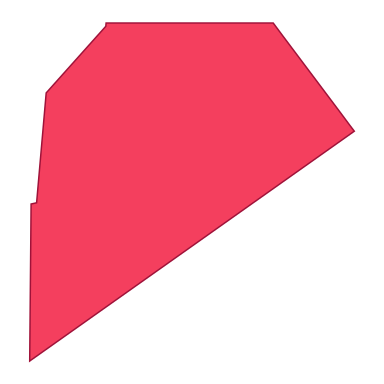 the district of 54, Ar Rayyān, Qatar
{"feature_id": "91078587B84726999218009", "entity_name": "54", "entity_type": "district", "adm_level": 2, "iso_a3": "QAT", "parent_name": "Qatar", "parent_adm1": "Ar Rayyān", "projection": "equal_earth", "projection_center": [51.456, 25.272], "detail": "fine", "context": "isolated", "style": "filled", "palette": "rose", "viewbox_px": 384, "rotation_deg": 0, "n_neighbors": 0, "source": "geoboundaries", "source_scale": "gbopen_adm2", "svg_char_len": 266}
<svg xmlns="http://www.w3.org/2000/svg" viewBox="0 0 384 384"><path d="M31.1,204.0L29.7,361.0L354.3,131.2L349.3,124.6L341.3,113.8L282.8,35.9L273.2,23.0L106.1,23.0L105.8,26.3L46.2,92.9L36.6,202.8L31.1,204.0Z" fill="#f43f5e" stroke="#9f1239" stroke-width="1.5"/></svg>